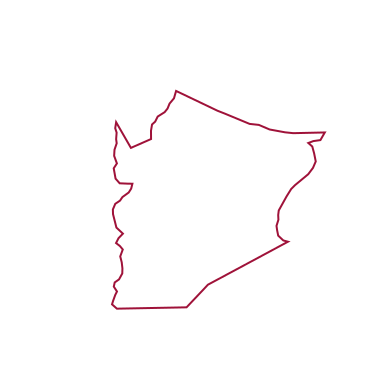 the district of Ouro Branco, Rio Grande do Norte, Brazil, rotated 225°
{"feature_id": "56859067B23981894963021", "entity_name": "Ouro Branco", "entity_type": "district", "adm_level": 2, "iso_a3": "BRA", "parent_name": "Brazil", "parent_adm1": "Rio Grande do Norte", "projection": "natural_earth1", "projection_center": [-36.907, -6.684], "detail": "fine", "context": "isolated", "style": "outline", "palette": "rose", "viewbox_px": 384, "rotation_deg": 225, "n_neighbors": 0, "source": "geoboundaries", "source_scale": "gbopen_adm2", "svg_char_len": 1123}
<svg xmlns="http://www.w3.org/2000/svg" viewBox="0 0 384 384"><g transform="rotate(225 192 192)"><path d="M89.0,224.7L93.2,222.3L100.2,222.1L104.7,225.1L108.3,227.8L111.3,233.5L114.8,236.7L117.6,240.3L122.0,255.7L124.0,264.3L124.0,269.7L122.4,286.8L123.5,294.6L126.1,301.1L133.0,305.7L139.1,309.2L144.4,308.9L142.2,313.8L137.9,319.5L140.2,328.0L162.0,305.2L168.4,300.0L181.3,291.1L192.2,286.7L199.4,280.9L224.3,270.6L231.4,267.5L274.7,252.2L271.0,245.5L270.4,238.7L268.3,233.7L267.8,229.1L269.6,221.1L267.8,215.7L268.0,211.5L264.3,206.3L258.4,200.5L266.4,180.0L295.0,187.7L291.4,182.8L287.3,180.7L283.0,175.7L279.7,173.2L276.7,167.1L272.6,162.5L265.3,159.1L264.1,153.4L255.5,147.4L249.3,147.0L243.3,152.5L240.0,155.7L237.4,151.4L236.4,146.9L237.6,139.2L236.8,135.0L237.9,129.4L235.6,123.7L232.2,120.5L220.3,113.4L211.4,113.7L211.3,107.4L209.6,102.2L204.8,102.8L200.3,102.4L197.2,95.7L192.0,92.6L187.2,88.8L183.7,85.1L181.8,78.6L182.7,73.4L180.4,69.8L174.7,68.6L173.5,65.0L170.8,59.2L169.1,56.0L162.6,56.4L114.3,106.6L115.0,132.0L115.2,137.7L103.1,177.8L89.0,224.7Z" fill="none" stroke="#9f1239" stroke-width="2"/></g></svg>